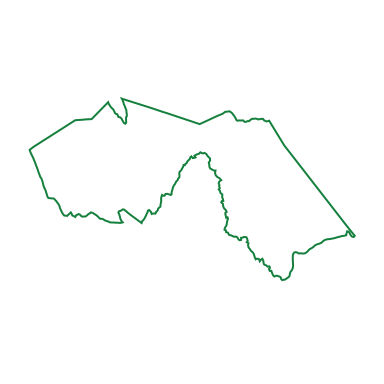 the district of Barra da Estiva, Bahia, Brazil, rotated 346°
{"feature_id": "56859067B26480186624590", "entity_name": "Barra da Estiva", "entity_type": "district", "adm_level": 2, "iso_a3": "BRA", "parent_name": "Brazil", "parent_adm1": "Bahia", "projection": "equal_earth", "projection_center": [-41.099, -13.681], "detail": "fine", "context": "isolated", "style": "outline", "palette": "green", "viewbox_px": 384, "rotation_deg": 346, "n_neighbors": 0, "source": "geoboundaries", "source_scale": "gbopen_adm2", "svg_char_len": 4946}
<svg xmlns="http://www.w3.org/2000/svg" viewBox="0 0 384 384"><g transform="rotate(346 192 192)"><path d="M339.3,273.8L335.6,266.0L333.0,260.2L307.8,203.1L294.1,172.1L293.3,170.2L292.7,168.9L284.1,141.5L282.7,141.6L281.4,141.6L280.2,140.7L279.2,139.8L278.6,138.2L277.0,137.8L275.2,137.7L273.5,137.5L272.5,136.6L271.0,136.0L269.4,135.9L267.9,135.5L266.0,136.2L264.4,137.1L263.3,136.7L261.0,137.0L259.7,136.3L258.8,134.8L256.8,134.5L254.9,133.9L253.6,133.9L252.6,133.2L252.2,131.2L251.5,128.8L250.6,126.7L249.7,124.7L247.8,122.7L245.7,122.6L243.7,122.2L242.3,122.8L240.9,123.4L239.2,123.7L235.1,124.3L215.9,128.0L185.1,108.4L183.8,107.7L172.4,100.4L146.5,84.5L146.9,86.0L147.1,88.2L147.1,89.9L147.6,92.8L147.8,95.0L148.1,96.7L147.7,98.6L147.6,100.6L147.1,102.6L146.1,103.6L145.6,105.5L144.9,108.8L143.7,109.6L142.6,108.4L142.0,106.3L141.4,103.9L140.5,102.3L138.7,101.3L138.4,98.6L137.2,97.8L136.4,96.9L136.1,94.9L135.4,92.5L134.0,90.4L133.2,88.2L132.5,86.2L132.4,84.6L112.2,97.0L106.2,95.8L102.7,95.3L99.4,94.7L96.1,94.1L59.1,106.5L56.8,107.3L49.6,109.7L44.7,111.8L44.8,114.1L45.1,115.6L45.5,117.7L46.2,120.7L46.4,122.7L46.8,124.7L47.0,127.3L47.3,129.6L47.6,132.0L47.8,134.1L47.9,136.1L48.2,137.9L48.4,140.5L49.2,142.7L49.4,144.7L49.5,146.9L49.4,149.2L49.6,151.7L50.0,153.4L50.4,155.7L50.4,157.7L50.6,160.2L50.7,162.2L51.6,163.3L52.7,163.6L54.0,164.2L55.1,164.4L56.2,164.9L57.0,166.0L58.1,168.1L58.8,169.8L59.5,171.4L60.0,173.5L60.0,175.5L60.4,177.8L60.9,180.4L61.6,182.5L62.3,183.9L63.5,184.3L65.1,185.0L69.5,182.5L70.0,184.1L70.2,185.9L71.3,186.6L72.7,188.0L74.0,186.6L75.4,186.3L76.5,185.9L77.7,186.7L78.5,188.2L79.4,189.3L81.0,189.6L82.8,190.0L84.5,189.3L86.1,188.4L87.8,188.0L88.8,187.3L90.4,188.1L92.2,190.0L93.8,191.6L95.2,193.9L96.3,195.7L98.1,196.2L99.3,197.0L100.2,198.0L101.2,198.9L102.5,199.7L103.9,200.6L105.0,201.6L115.2,204.7L117.4,204.7L116.6,203.1L116.2,201.6L116.0,200.2L116.1,198.3L116.0,196.2L115.6,194.0L116.6,193.0L118.1,193.0L119.3,192.7L120.6,192.1L121.7,192.5L122.9,194.0L125.1,197.1L126.7,199.2L135.6,209.9L136.6,208.2L138.1,207.4L139.5,206.2L140.8,204.7L141.7,203.7L142.7,202.3L143.8,201.2L144.7,199.4L146.0,199.1L147.3,201.1L147.6,203.6L148.9,203.5L150.1,203.7L151.3,204.1L152.5,202.6L153.6,202.1L154.5,201.1L155.2,199.9L156.2,199.3L157.8,198.6L158.5,196.5L159.4,194.5L160.1,192.9L160.3,191.3L161.1,189.3L162.3,187.6L163.2,188.7L164.6,188.9L165.8,187.5L167.8,187.9L169.4,188.9L170.7,189.8L171.7,189.1L172.1,187.4L173.4,185.2L174.6,183.1L175.9,181.3L177.6,180.0L179.1,178.1L180.8,177.1L181.8,175.6L183.3,174.7L183.9,172.7L184.1,170.9L184.9,169.4L186.6,168.4L188.1,166.8L189.4,165.5L190.4,163.8L191.6,164.2L192.5,163.1L193.8,162.7L194.7,161.4L195.8,160.6L197.7,159.6L198.7,158.0L200.0,157.3L200.9,159.3L202.6,159.4L203.8,159.3L203.1,157.5L204.2,157.1L205.9,156.7L207.9,156.6L209.7,155.5L211.0,156.7L212.1,157.2L213.6,157.1L215.1,158.6L215.6,160.3L216.4,161.9L217.6,163.7L217.1,166.0L215.4,167.5L215.4,169.7L215.0,171.7L215.3,173.5L216.5,174.7L218.4,176.4L220.0,176.9L219.0,178.9L219.0,181.2L219.8,183.0L221.0,184.4L222.2,185.5L223.2,187.6L221.8,188.0L220.8,188.8L220.0,190.1L220.3,191.8L219.7,193.0L219.9,194.9L218.6,195.9L219.4,197.7L219.4,199.8L220.8,201.7L220.0,204.5L220.3,206.7L220.2,208.3L218.6,208.1L217.9,209.2L219.1,210.9L218.8,213.6L219.1,215.4L220.5,218.0L220.8,219.7L219.4,220.2L219.0,221.6L219.0,223.6L219.0,225.3L220.3,225.1L220.5,226.6L219.4,228.2L218.5,230.1L217.8,231.9L217.0,233.1L215.9,234.1L215.0,235.1L214.4,236.5L215.6,237.4L215.4,239.3L217.1,240.2L217.6,242.6L219.5,243.6L220.8,244.6L221.9,245.6L223.2,245.7L224.5,246.3L225.2,247.6L225.7,249.4L226.7,250.4L228.0,250.4L228.6,248.3L229.9,248.5L231.9,248.2L233.9,249.1L234.2,251.2L234.2,253.0L233.0,254.0L234.4,255.3L233.5,257.2L233.5,259.5L234.4,261.5L235.0,263.3L235.8,264.5L236.6,265.7L237.0,267.5L237.1,270.5L237.5,272.7L238.8,272.4L239.9,272.9L240.9,273.5L241.0,275.6L242.4,274.5L244.1,273.8L244.6,276.0L244.3,277.6L244.3,279.4L245.2,280.5L246.3,281.2L247.3,282.7L249.1,282.9L249.3,284.5L248.1,285.3L248.4,287.4L249.9,287.7L250.1,289.9L250.5,292.3L251.4,293.9L253.0,293.6L254.2,293.8L255.4,294.6L256.6,295.3L257.4,296.3L257.5,298.1L258.3,299.4L259.8,299.3L261.2,299.5L262.7,298.9L264.0,298.4L265.1,298.0L266.3,297.1L267.1,295.3L268.2,293.3L269.8,292.2L271.3,290.3L272.2,288.2L272.6,286.3L273.1,283.6L273.7,280.9L274.5,277.9L275.5,276.3L276.7,275.4L278.2,275.5L279.5,276.2L280.4,277.3L281.9,277.7L283.1,277.9L284.3,278.4L285.9,278.8L287.8,278.6L289.2,277.9L290.5,277.1L292.2,276.0L293.7,275.6L294.9,275.3L296.4,274.7L298.3,273.6L299.5,273.3L300.9,273.0L302.3,273.0L304.0,272.8L305.7,272.4L307.5,271.3L309.3,270.7L310.4,270.6L311.9,270.6L313.2,270.8L314.8,271.0L316.1,271.1L317.4,271.2L318.6,271.2L320.1,271.2L321.3,271.1L322.9,271.1L324.8,271.1L326.1,271.0L327.4,271.1L329.4,271.3L331.2,271.2L332.0,269.4L333.1,267.7L334.3,268.3L335.0,270.0L335.6,272.5L336.5,274.0L338.0,274.8L339.3,273.8Z" fill="none" stroke="#15803d" stroke-width="2"/></g></svg>